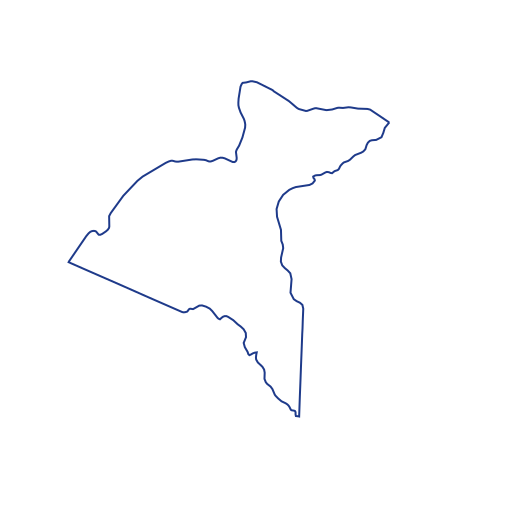 Sangha-Mbaéré, Mercator projection, rotated 337°
{"feature_id": "CAF-802", "entity_name": "Sangha-Mbaéré", "entity_type": "Economic Prefecture", "adm_level": 1, "iso_a3": "CAF", "parent_name": "Central African Republic", "parent_adm1": "", "projection": "mercator", "projection_center": [16.411, 3.248], "detail": "fine", "context": "isolated", "style": "outline", "palette": "blue", "viewbox_px": 512, "rotation_deg": 337, "n_neighbors": 0, "source": "natural_earth", "source_scale": "10m", "svg_char_len": 3060}
<svg xmlns="http://www.w3.org/2000/svg" viewBox="0 0 512 512"><g transform="rotate(337 256 256)"><path d="M430.9,185.1L424.6,188.4L421.3,192.4L417.9,195.7L412.0,196.1L407.8,194.7L405.7,194.5L403.3,195.4L401.1,197.2L399.7,198.9L398.3,200.5L395.6,201.7L393.2,202.0L386.7,201.8L384.5,202.4L380.1,204.1L377.9,204.5L373.5,204.2L372.0,204.6L369.3,205.8L368.2,206.6L366.4,208.2L365.0,208.8L364.0,208.8L361.8,208.6L360.6,208.8L358.4,209.5L357.1,208.7L355.9,207.4L354.1,206.3L352.5,206.2L348.0,206.7L346.5,206.5L343.6,205.4L342.0,205.0L339.7,205.2L339.4,206.5L339.9,208.3L339.6,209.6L336.4,211.3L333.0,211.5L319.6,208.1L316.3,207.9L312.5,208.1L304.9,210.3L298.3,214.7L293.3,220.8L290.7,228.1L289.2,241.7L285.2,251.9L285.1,255.9L284.1,259.4L278.5,267.2L276.7,270.9L276.5,274.9L277.8,278.4L279.5,281.7L280.8,285.3L279.7,291.2L273.4,303.3L273.9,310.5L275.8,313.5L278.2,316.2L279.6,319.1L278.9,323.0L274.2,332.9L270.5,340.9L268.2,345.6L261.3,360.3L253.9,376.0L248.7,387.1L241.3,402.8L233.0,420.6L232.3,420.1L230.2,418.9L230.5,417.3L231.4,415.2L231.3,413.9L230.7,413.3L228.5,411.9L228.0,411.1L227.8,407.8L227.5,406.4L226.9,404.9L225.8,403.2L222.7,399.7L220.7,395.7L219.4,392.3L219.1,391.0L219.1,384.9L218.4,381.9L216.3,378.1L215.7,376.0L215.8,372.4L218.4,366.8L219.1,363.7L218.6,360.4L216.1,354.7L215.7,351.4L216.2,349.6L217.5,347.2L219.0,345.0L217.1,344.5L215.0,344.4L212.8,344.7L211.2,344.7L210.6,343.3L210.8,341.0L210.1,335.5L210.7,331.2L215.1,326.8L216.5,322.9L216.0,318.6L214.4,315.0L212.4,311.6L210.0,306.2L206.6,301.2L205.3,299.8L203.6,299.1L202.0,299.0L200.3,299.4L198.1,300.2L197.4,299.5L196.8,298.7L196.4,297.8L194.2,289.6L192.9,286.4L190.2,283.1L187.0,280.4L184.4,279.5L177.4,280.3L176.8,280.0L175.0,278.9L174.1,278.7L173.2,279.0L171.4,280.1L170.7,280.3L168.7,280.0L167.4,279.6L166.2,278.8L154.0,265.9L138.7,249.7L122.7,232.6L105.8,214.7L92.1,200.2L81.1,188.5L81.9,187.8L107.5,171.4L110.8,169.7L113.0,169.0L114.6,169.0L116.0,169.3L117.1,169.8L117.9,170.4L118.4,171.1L119.5,174.9L120.8,175.6L123.0,175.6L127.5,174.7L129.9,173.9L131.7,172.7L132.5,171.5L136.4,161.9L139.1,159.7L157.4,148.7L176.2,140.5L182.7,138.6L209.3,135.0L212.6,134.9L214.9,135.1L216.2,135.6L217.3,136.4L218.5,137.4L219.9,138.2L221.3,138.8L235.2,142.3L238.9,143.7L245.8,147.2L247.5,148.4L248.6,149.6L249.7,150.6L251.3,151.3L253.5,151.5L259.5,151.3L261.7,151.6L263.6,152.5L265.4,153.9L271.2,160.3L272.8,161.1L274.0,161.0L275.1,160.4L276.0,159.3L276.6,158.0L278.2,152.4L279.0,151.4L279.9,150.5L283.6,147.8L289.8,141.6L296.1,133.6L297.4,131.0L297.9,129.1L298.3,126.9L298.4,124.9L297.9,117.9L298.2,112.9L298.7,110.4L299.7,107.9L301.5,104.3L307.9,94.1L309.9,92.2L311.3,91.4L314.8,92.4L319.5,93.1L320.9,93.7L324.7,96.4L336.1,109.8L336.4,110.5L336.7,111.3L346.9,126.4L351.4,135.4L352.2,136.6L352.8,137.4L358.6,142.0L359.8,142.4L366.1,142.8L367.9,143.0L369.1,143.4L377.4,149.0L378.2,149.4L383.4,150.9L388.4,151.4L389.4,151.6L390.3,151.9L393.9,153.7L399.2,155.2L401.2,156.2L407.5,160.2L415.9,164.1L417.3,165.1L418.3,165.9L430.8,185.1L430.9,185.1Z" fill="none" stroke="#1e3a8a" stroke-width="2"/></g></svg>